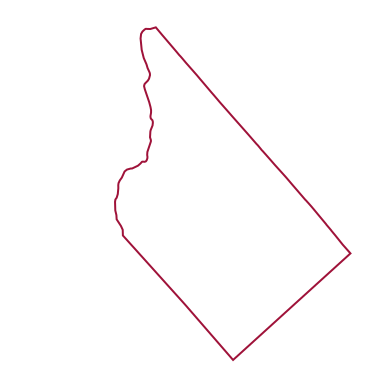 the district of Jo Daviess, Illinois, United States of America, rotated 49°
{"feature_id": "52423323B10546312408424", "entity_name": "Jo Daviess", "entity_type": "district", "adm_level": 2, "iso_a3": "USA", "parent_name": "United States of America", "parent_adm1": "Illinois", "projection": "robinson", "projection_center": [-90.406, 42.351], "detail": "fine", "context": "isolated", "style": "outline", "palette": "rose", "viewbox_px": 384, "rotation_deg": 49, "n_neighbors": 0, "source": "geoboundaries", "source_scale": "gbopen_adm2", "svg_char_len": 1467}
<svg xmlns="http://www.w3.org/2000/svg" viewBox="0 0 384 384"><g transform="rotate(49 192 192)"><path d="M114.4,176.5L115.9,178.1L118.2,182.6L119.1,183.8L123.2,187.8L125.9,189.0L126.9,189.9L132.5,199.4L134.6,201.5L136.3,202.6L137.3,203.6L138.3,205.4L138.6,206.6L138.4,207.3L138.1,208.0L136.8,209.2L136.4,210.0L136.7,212.3L136.7,215.5L135.0,221.7L134.0,223.0L132.4,226.4L132.3,229.4L135.1,235.5L135.9,238.9L137.1,241.6L138.4,243.1L140.8,245.1L144.9,249.4L146.9,252.6L147.4,254.7L148.9,256.5L155.6,262.0L159.8,264.2L163.2,266.8L171.0,267.9L175.1,269.1L179.5,272.7L272.1,271.1L345.7,271.2L342.3,112.7L330.5,112.8L318.1,112.3L317.9,112.3L313.0,112.2L312.2,112.1L304.8,112.0L304.1,111.9L281.2,111.4L273.1,111.5L272.3,111.6L252.3,111.5L243.4,111.4L236.2,111.5L226.0,111.7L218.9,111.7L207.4,111.8L206.4,111.9L200.6,111.7L199.6,111.7L198.2,111.8L185.3,111.8L160.8,112.0L158.6,112.0L157.4,112.0L142.7,112.1L134.2,112.0L129.8,112.0L114.0,111.8L112.1,111.8L107.0,111.7L90.1,111.8L85.0,111.7L84.9,111.7L82.2,111.7L80.2,111.8L76.3,111.7L55.8,111.5L54.5,111.5L44.0,111.3L41.6,116.6L38.5,119.9L38.3,121.2L38.4,124.1L39.3,126.7L42.4,130.1L44.8,131.8L51.7,136.7L59.2,140.5L65.8,142.6L69.3,144.2L74.0,145.6L75.2,146.2L76.3,147.1L78.3,150.1L79.0,152.3L79.3,156.2L79.5,157.1L80.6,158.7L83.5,160.2L96.2,165.4L100.7,167.6L103.4,169.2L105.3,170.9L107.5,173.6L108.9,174.6L109.9,174.9L111.8,174.8L113.0,175.3L114.3,176.3L114.4,176.5Z" fill="none" stroke="#9f1239" stroke-width="2"/></g></svg>